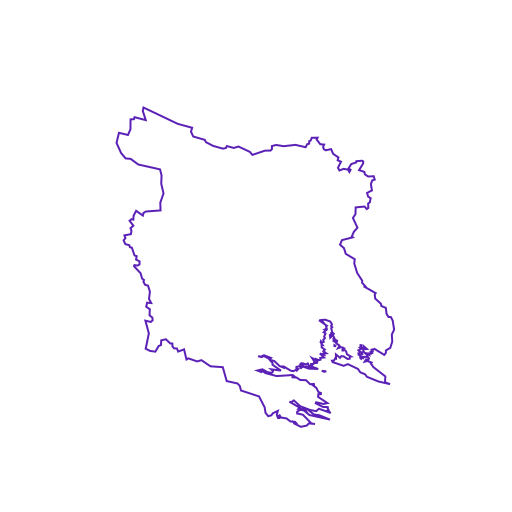 Gort-Kinvara Lea-5, Galway, Ireland (Robinson projection), rotated 211°
{"feature_id": "5873133B79086862800883", "entity_name": "Gort-Kinvara Lea-5", "entity_type": "district", "adm_level": 2, "iso_a3": "IRL", "parent_name": "Ireland", "parent_adm1": "Galway", "projection": "robinson", "projection_center": [-8.887, 53.119], "detail": "fine", "context": "isolated", "style": "outline", "palette": "violet", "viewbox_px": 512, "rotation_deg": 211, "n_neighbors": 0, "source": "geoboundaries", "source_scale": "gbopen_adm2", "svg_char_len": 6160}
<svg xmlns="http://www.w3.org/2000/svg" viewBox="0 0 512 512"><g transform="rotate(211 256 256)"><path d="M156.5,130.7L153.7,128.4L152.8,129.0L154.4,130.3L153.7,131.6L151.4,130.4L146.2,132.5L141.3,131.9L136.9,133.9L133.9,132.9L138.1,133.1L137.1,132.1L129.5,132.7L125.1,136.9L124.5,139.7L118.9,142.4L122.2,141.0L134.1,144.1L139.6,142.2L140.5,143.6L139.0,146.9L133.7,148.9L131.0,147.7L134.9,148.2L128.3,147.2L108.3,153.9L119.8,152.1L124.7,150.0L133.0,151.0L140.9,146.8L140.5,148.5L152.3,148.3L150.5,148.9L149.2,151.7L140.7,150.0L130.3,151.9L124.5,154.0L123.4,157.5L111.1,159.9L115.0,160.5L114.4,161.3L116.7,162.8L116.0,163.8L120.9,161.1L128.9,160.5L129.1,161.6L122.0,163.9L119.0,166.7L130.2,167.2L131.4,169.6L129.2,171.0L129.8,172.0L132.5,171.6L136.5,174.1L140.6,174.5L139.7,175.1L140.5,176.1L143.6,174.0L149.2,175.3L154.2,172.5L158.7,172.7L163.1,170.4L160.4,172.5L163.2,172.9L176.5,163.7L187.6,160.5L191.4,160.8L191.5,159.3L195.9,158.5L192.1,162.2L186.2,162.3L182.7,163.8L181.9,164.7L182.3,166.3L184.6,166.7L175.6,170.6L185.8,171.3L186.7,172.8L192.6,174.6L197.8,174.3L199.1,172.2L202.6,171.2L199.9,172.3L198.1,175.0L190.6,176.4L191.0,175.1L190.0,174.4L186.1,175.4L179.1,173.8L175.5,174.4L176.5,174.9L175.3,175.6L167.1,175.6L164.7,176.5L162.8,179.4L162.0,178.9L161.6,180.9L163.4,180.3L164.2,181.7L161.9,184.1L160.3,183.3L160.3,184.8L159.4,183.9L158.8,185.4L152.6,186.7L144.5,191.2L150.4,190.1L157.4,186.2L162.1,186.0L162.3,186.8L161.5,187.7L160.8,187.7L161.5,186.6L159.8,187.0L160.1,188.2L157.3,188.8L156.3,190.6L154.4,189.3L151.3,190.5L152.0,192.4L154.0,191.3L151.2,193.0L151.6,195.6L155.3,197.4L149.8,197.7L149.6,195.1L148.7,195.7L149.4,198.4L150.1,198.3L150.5,198.6L151.1,198.3L151.4,198.6L148.4,199.1L147.3,200.4L148.4,201.7L145.4,204.1L151.0,205.3L146.6,206.5L147.8,207.3L145.7,208.8L149.2,209.1L148.8,211.2L152.6,211.5L154.2,213.9L153.4,214.1L156.2,215.3L156.5,216.4L154.9,215.8L153.7,217.2L155.2,218.8L154.6,221.2L156.1,222.0L156.5,225.4L158.7,225.5L157.6,228.8L159.2,228.4L158.1,230.3L159.6,231.6L159.3,232.7L168.9,233.4L165.6,234.2L167.1,234.7L164.0,237.0L158.6,238.1L155.6,236.5L155.7,234.8L154.0,234.3L154.4,232.8L151.1,229.7L148.5,229.3L151.1,228.6L146.5,226.0L146.9,224.9L143.8,225.1L143.5,224.6L143.2,225.0L142.7,224.9L142.1,222.4L138.5,222.3L137.3,221.4L138.1,220.7L133.9,222.5L134.5,221.9L132.9,222.2L133.2,221.3L129.7,220.7L127.4,218.6L123.0,218.7L123.8,218.1L122.8,216.2L124.4,214.9L129.1,215.1L131.3,214.1L131.5,212.0L136.8,212.8L134.6,209.3L136.3,209.1L135.3,209.0L135.3,206.8L136.9,205.4L135.7,204.5L124.3,207.0L121.6,210.6L110.5,211.7L106.6,210.0L101.7,210.8L98.6,209.6L86.4,211.5L75.1,215.2L80.4,214.2L83.1,219.4L98.1,221.2L102.2,223.0L102.0,224.2L106.6,223.3L108.4,221.4L108.4,224.1L106.1,224.1L106.4,226.2L108.1,226.5L106.5,226.6L108.2,227.1L111.4,225.2L111.5,223.9L112.4,224.3L112.8,222.0L113.9,222.3L112.8,224.2L114.6,223.2L115.7,224.2L115.2,225.1L117.2,224.2L118.1,225.3L116.5,226.9L119.7,227.9L117.8,230.7L119.9,231.0L119.4,231.9L121.1,234.1L120.1,233.2L119.2,234.3L120.0,233.0L118.9,231.9L116.0,232.8L117.1,234.1L113.0,233.4L116.1,231.2L114.8,229.5L109.7,228.3L109.0,228.9L109.8,229.5L108.1,229.6L109.2,230.5L107.1,231.5L107.6,232.9L108.9,232.0L108.3,233.0L107.1,232.9L106.9,232.3L106.4,232.8L107.6,234.0L106.1,233.8L109.2,235.8L107.6,235.5L106.7,237.4L95.1,237.3L94.8,239.8L96.0,242.0L93.6,246.4L95.1,252.8L99.1,258.6L99.7,264.0L105.5,271.0L108.9,273.1L111.1,272.0L114.3,273.6L118.0,278.4L122.8,277.7L124.3,279.4L131.9,280.9L134.4,284.2L134.3,285.8L146.9,285.5L146.5,286.3L151.3,287.7L152.2,289.5L160.6,293.6L168.0,300.3L169.7,304.1L180.2,304.1L184.6,308.0L189.8,309.0L190.5,313.9L182.6,321.9L183.9,322.1L184.6,327.1L183.6,332.5L192.5,338.5L192.3,343.1L195.6,349.0L188.4,354.3L185.2,353.3L184.5,355.1L186.9,358.7L186.1,360.7L187.5,364.6L190.5,364.7L193.3,367.3L190.4,371.9L194.6,376.9L195.3,380.7L193.6,382.6L196.2,385.0L200.8,381.9L204.7,382.1L206.4,383.9L211.9,382.7L211.8,390.4L212.8,392.3L214.1,392.3L218.8,389.0L218.3,387.8L221.7,383.9L221.8,378.8L219.3,378.6L219.2,376.1L221.8,377.4L225.8,375.8L228.5,372.3L231.2,373.9L231.7,380.6L235.3,380.1L236.1,382.9L242.5,383.3L246.7,386.3L250.7,382.5L252.8,382.5L254.6,383.9L255.0,386.6L258.4,384.9L264.1,387.1L264.2,389.1L269.1,386.0L268.6,383.1L269.5,381.8L268.3,379.7L269.7,378.2L269.5,374.8L279.4,371.6L288.8,364.4L296.0,361.5L299.0,358.4L297.4,355.9L297.8,353.9L302.6,350.9L311.2,340.8L315.0,342.1L327.4,340.8L330.7,337.2L337.6,335.2L337.4,333.1L339.6,331.0L349.4,328.3L357.5,327.8L359.7,329.2L371.3,326.1L375.7,329.0L376.8,333.0L391.0,329.0L428.9,325.3L427.8,322.1L420.5,315.7L431.6,312.4L431.1,310.4L433.9,308.5L428.9,300.0L428.1,293.8L436.9,291.0L433.8,281.1L424.7,274.8L418.0,272.5L413.5,274.7L404.0,273.8L382.9,280.8L378.5,276.5L374.4,269.1L367.5,262.0L365.5,252.4L361.3,245.9L373.2,237.5L374.6,235.1L373.8,232.4L382.0,233.0L381.7,227.5L379.9,224.0L381.7,223.4L382.5,221.1L376.7,218.8L377.9,215.2L375.7,213.4L374.5,210.3L379.4,205.9L377.2,204.1L377.5,201.2L374.1,198.9L370.1,200.0L368.6,198.6L366.7,199.2L360.4,193.9L358.2,194.4L357.0,191.2L353.0,191.4L351.5,188.8L352.6,186.8L355.5,185.6L355.3,184.4L346.1,181.8L342.0,178.0L339.6,177.7L339.2,175.9L336.2,174.2L333.3,175.0L328.5,170.7L325.7,164.2L321.6,161.7L325.3,159.9L324.0,156.0L319.6,155.7L316.7,150.3L313.1,149.8L311.5,147.7L312.2,145.3L317.5,143.6L308.0,134.5L302.8,119.7L297.8,120.1L293.0,122.2L293.1,128.7L291.6,130.7L293.8,134.9L290.4,138.2L284.4,136.9L282.6,137.9L281.1,135.5L278.7,134.6L276.1,136.0L273.5,134.0L269.6,138.9L262.3,131.5L261.3,133.4L252.2,135.3L249.1,138.6L238.2,138.0L227.2,143.6L216.7,133.7L206.2,137.2L203.0,136.3L199.6,133.0L181.1,137.2L170.6,130.7L167.1,126.5L163.0,125.0L160.8,127.3L160.5,130.0L157.5,134.5L156.5,130.7ZM143.7,223.1L142.5,223.4L142.9,224.9L143.5,224.5L144.9,224.3L144.1,223.3L146.8,223.0L143.7,223.1ZM137.9,191.9L136.3,193.3L140.5,191.5L137.9,191.9ZM150.3,224.2L149.8,225.9L151.8,226.9L152.0,226.3L150.3,224.2ZM131.9,220.0L133.4,219.9L134.1,219.3L131.9,220.0ZM142.4,219.2L140.9,219.9L142.8,219.9L142.4,219.2ZM138.2,220.6L138.2,219.2L137.4,220.2L138.2,220.6ZM116.4,227.7L115.6,227.2L114.9,227.4L115.4,227.9L116.4,227.7Z" fill="none" stroke="#5b21b6" stroke-width="2"/></g></svg>